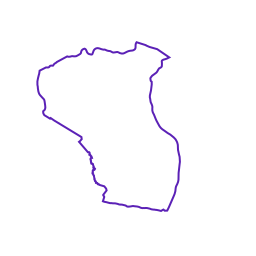 the district of Flóahreppur, Suðurland, Iceland, rotated 333°
{"feature_id": "244011B29431294757890", "entity_name": "Flóahreppur", "entity_type": "district", "adm_level": 2, "iso_a3": "ISL", "parent_name": "Iceland", "parent_adm1": "Suðurland", "projection": "albers", "projection_center": [-20.876, 63.886], "detail": "fine", "context": "isolated", "style": "outline", "palette": "violet", "viewbox_px": 256, "rotation_deg": 333, "n_neighbors": 0, "source": "geoboundaries", "source_scale": "gbopen_adm2", "svg_char_len": 5277}
<svg xmlns="http://www.w3.org/2000/svg" viewBox="0 0 256 256"><g transform="rotate(333 128 128)"><path d="M72.4,181.9L72.7,182.2L73.0,182.6L73.8,183.3L75.1,184.3L76.3,185.4L77.9,186.8L78.4,187.1L78.8,187.2L80.1,188.1L81.0,188.6L81.6,188.9L82.6,189.5L84.4,191.0L85.3,192.0L85.8,192.4L86.3,192.6L86.9,193.1L87.3,193.2L87.8,193.5L90.6,195.9L90.8,196.1L91.1,196.8L91.4,197.2L91.6,197.6L92.0,197.9L92.4,198.0L92.7,198.3L94.8,199.1L96.2,199.5L97.1,199.8L97.6,200.2L99.1,201.2L100.5,202.1L101.7,203.1L102.2,203.6L102.7,204.3L103.2,204.9L103.6,205.3L103.8,205.4L104.4,205.9L105.6,206.4L106.1,206.7L106.9,207.1L107.5,207.3L108.2,207.7L108.8,208.1L110.6,209.6L111.1,210.1L111.6,210.7L112.0,211.1L113.4,212.1L114.6,212.8L115.2,213.3L115.9,213.7L117.6,215.0L119.8,216.9L120.3,216.9L121.7,216.7L122.6,216.8L123.1,218.3L124.5,219.0L125.5,219.4L128.4,217.2L137.5,209.7L139.5,208.0L141.5,205.8L142.6,204.1L143.4,202.9L144.1,202.1L144.9,201.4L146.3,200.4L148.1,198.8L149.5,197.0L152.7,191.0L154.3,188.6L157.4,183.9L158.9,181.7L160.0,179.2L160.9,177.1L161.4,174.8L162.6,170.3L163.5,168.3L164.3,166.6L164.8,165.4L165.3,163.0L165.3,161.0L165.2,159.6L164.5,157.2L162.7,153.1L161.1,150.6L159.4,147.3L158.0,144.7L157.3,142.9L156.9,141.0L156.8,138.7L156.7,134.4L156.8,132.4L157.2,128.0L157.2,125.4L157.6,123.5L158.2,122.3L158.6,121.5L159.3,120.3L159.7,118.9L159.8,117.9L159.9,116.7L159.9,115.6L160.2,114.4L161.0,112.1L161.2,111.3L161.4,110.5L162.3,108.9L165.5,105.0L166.6,103.4L168.9,100.0L169.3,99.2L169.7,98.3L170.0,97.9L170.1,97.6L170.0,97.2L169.8,96.8L169.7,96.4L169.8,95.8L170.0,95.2L170.4,94.1L170.6,93.8L170.8,93.6L171.3,93.3L173.2,92.4L175.1,92.1L176.3,91.9L178.1,91.6L178.8,91.4L179.7,90.9L180.2,90.6L181.0,90.0L182.6,89.1L182.9,89.0L184.7,89.0L185.5,88.8L186.2,88.3L187.0,86.9L187.7,85.6L188.3,84.0L188.8,83.4L189.6,83.2L190.7,83.2L192.0,83.5L194.0,83.8L196.8,83.8L189.8,71.0L184.0,65.6L181.6,62.7L181.5,62.3L174.6,55.5L173.9,55.9L173.1,56.6L172.5,57.4L171.9,58.5L171.4,59.5L170.8,60.3L170.0,60.9L169.1,61.1L168.3,61.1L167.6,61.1L166.4,60.7L165.4,60.3L164.1,59.9L163.0,59.7L161.7,59.6L158.9,59.6L157.8,59.5L157.0,59.2L156.2,58.8L155.4,58.1L154.7,57.5L154.1,56.6L153.5,55.9L153.1,55.5L152.2,55.1L151.4,54.9L149.4,54.2L148.8,53.8L148.3,53.2L147.5,52.0L147.0,51.4L145.4,50.3L144.4,49.4L143.2,47.9L142.6,47.4L141.8,47.1L140.9,46.4L139.8,45.4L138.9,44.4L138.1,43.7L137.3,43.1L136.6,42.8L135.7,42.6L135.0,42.6L134.1,42.7L133.3,43.0L132.5,43.5L130.0,45.8L129.7,46.0L129.2,46.1L128.7,45.9L128.1,45.5L127.6,45.0L127.0,44.6L126.4,43.8L126.1,42.9L125.9,42.0L126.0,40.9L126.1,39.8L126.0,38.8L125.7,38.1L125.3,37.6L124.7,37.5L123.9,37.4L123.1,37.5L122.3,37.7L121.6,38.1L120.9,38.8L120.1,39.8L119.6,40.1L119.0,40.3L118.0,40.4L116.2,40.5L115.5,40.5L114.6,40.5L114.1,40.4L112.5,39.7L111.2,38.8L110.5,38.5L108.7,38.1L107.9,37.8L107.0,37.3L106.3,36.6L94.4,36.9L94.1,37.1L93.5,37.2L92.1,37.3L91.6,37.4L91.0,37.6L89.7,38.3L89.4,38.4L89.0,38.2L87.9,37.5L87.0,37.3L86.3,37.4L85.7,37.8L85.2,37.9L84.3,37.8L83.3,37.3L82.3,36.8L75.3,36.8L74.5,37.9L73.6,39.2L72.3,40.6L70.4,42.8L69.3,44.2L68.4,45.4L67.7,46.8L66.9,48.4L66.4,50.1L65.7,51.8L64.8,54.5L64.5,56.1L64.4,57.4L64.5,58.5L65.4,61.9L65.8,63.2L66.1,64.3L66.1,65.2L65.7,66.6L65.3,67.8L64.5,70.1L64.2,70.9L63.8,71.8L63.6,72.3L62.9,73.2L62.5,73.6L61.9,74.0L61.5,74.2L60.7,74.3L60.0,74.6L59.3,76.1L59.2,77.4L59.3,78.6L62.8,84.3L63.6,84.0L65.7,87.9L82.4,114.9L81.7,116.9L79.2,117.9L78.1,118.1L81.3,131.4L82.3,131.8L82.5,132.1L82.5,132.3L82.4,132.6L82.5,132.7L82.5,133.0L82.4,133.2L82.3,133.3L82.2,133.5L82.1,133.8L81.6,133.9L81.4,134.3L81.5,134.4L81.8,134.4L81.9,134.5L82.0,134.6L81.9,134.7L82.0,134.8L82.1,135.0L82.0,135.3L82.1,135.5L82.0,135.8L82.1,136.1L82.5,136.4L82.5,136.5L82.3,136.7L82.2,136.8L82.3,137.0L82.5,137.6L82.4,138.0L82.2,137.8L81.8,137.8L81.6,138.0L81.3,138.0L81.1,138.2L80.8,138.2L80.7,138.3L80.6,138.7L80.3,139.0L80.3,139.3L80.3,139.5L80.4,139.8L80.3,140.0L80.2,140.1L80.0,140.3L80.0,140.5L79.9,140.9L79.7,141.1L79.6,141.4L79.6,141.7L79.5,141.9L79.4,142.0L79.3,142.4L79.6,142.5L79.6,142.8L79.8,143.2L79.7,143.3L79.5,143.5L80.1,144.0L80.4,144.2L80.4,144.3L80.1,145.0L80.1,145.3L80.0,145.7L80.0,146.0L79.9,146.2L79.8,146.4L79.9,146.5L80.0,146.7L80.0,146.8L79.8,147.0L79.7,147.3L79.5,147.5L79.4,147.8L79.1,147.8L79.1,148.0L79.3,148.3L79.5,148.5L79.8,148.5L79.9,149.0L80.1,149.2L80.1,149.4L79.7,149.6L79.1,150.0L78.9,150.0L78.6,150.0L78.3,149.4L78.2,149.4L77.8,149.8L77.6,149.7L77.3,149.9L77.2,150.0L77.2,150.4L77.0,150.7L76.8,150.9L76.6,151.0L76.3,151.3L76.3,151.6L76.4,151.8L75.7,152.4L75.7,152.6L75.8,152.7L75.9,152.9L76.1,153.2L76.1,153.4L76.1,153.6L75.9,153.9L75.8,154.0L75.9,154.4L75.9,154.8L76.0,155.1L75.8,155.4L75.8,155.5L75.7,155.8L75.6,156.2L75.3,157.1L75.3,157.3L75.2,157.4L75.2,157.6L75.3,157.7L75.3,157.8L74.9,158.1L74.8,158.3L74.7,158.5L74.7,158.8L74.7,159.0L74.9,159.4L74.8,159.6L74.6,159.8L74.5,160.1L74.5,160.3L74.8,160.5L75.0,160.8L75.1,161.0L75.0,161.4L74.8,161.7L74.7,161.8L74.6,162.0L74.5,162.3L75.1,162.6L75.3,162.8L75.6,163.0L75.7,163.4L75.5,163.6L75.5,164.1L75.7,164.3L75.7,164.5L75.8,164.7L76.0,164.8L76.4,164.7L76.5,164.8L76.7,165.7L80.4,169.2L81.0,172.1L80.6,173.9L75.6,176.3L75.5,176.5L75.4,176.7L75.4,176.9L75.4,177.2L75.6,177.6L75.6,178.3L75.5,178.7L72.4,181.9Z" fill="none" stroke="#5b21b6" stroke-width="2"/></g></svg>